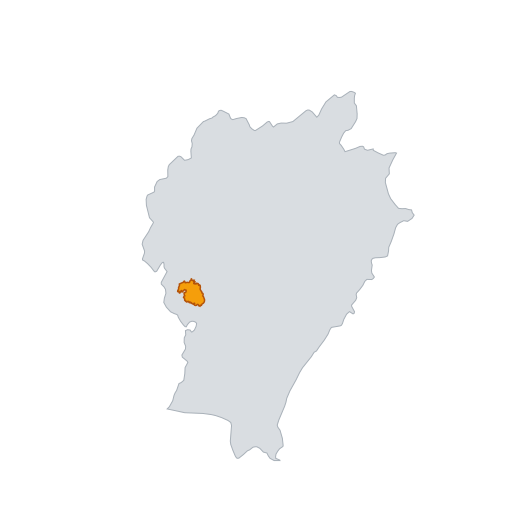 location of Smarhon, Grodno, Belarus, rotated 296°
{"feature_id": "67162791B9257777977100", "entity_name": "Smarhon", "entity_type": "district", "adm_level": 2, "iso_a3": "BLR", "parent_name": "Belarus", "parent_adm1": "Grodno", "projection": "natural_earth1", "projection_center": [26.399, 54.505], "detail": "fine", "context": "in_parent", "style": "filled", "palette": "amber", "viewbox_px": 512, "rotation_deg": 296, "n_neighbors": 0, "source": "geoboundaries", "source_scale": "gbopen_adm2", "svg_char_len": 6684}
<svg xmlns="http://www.w3.org/2000/svg" viewBox="0 0 512 512"><g transform="rotate(296 256 256)"><path d="M410.1,337.2L402.5,336.8L393.4,337.0L388.3,339.8L382.7,338.4L378.8,340.0L369.9,347.8L366.5,352.0L363.3,358.4L361.3,363.2L362.5,366.5L364.2,369.6L364.7,373.0L365.6,375.6L363.4,377.5L362.1,380.2L358.3,379.8L353.6,377.1L352.5,373.3L348.9,370.6L346.5,369.3L342.6,369.1L336.3,370.3L328.2,371.2L322.0,371.5L318.7,372.9L313.8,374.2L311.8,372.6L309.0,368.3L306.7,364.0L305.1,362.1L303.8,361.6L302.1,361.7L300.2,363.0L298.8,364.4L293.6,366.1L291.4,367.6L289.0,371.6L287.3,371.3L285.6,370.4L283.6,365.9L280.9,364.9L276.5,364.9L271.2,363.9L266.8,362.6L265.3,362.9L262.7,364.8L259.9,365.0L253.8,363.4L252.6,364.1L249.1,369.0L247.4,369.3L246.5,368.6L247.0,364.4L243.4,362.9L237.4,362.7L233.2,363.3L231.1,363.1L230.1,362.3L224.9,355.1L222.2,354.7L217.3,355.0L210.1,354.2L201.8,352.6L197.2,352.0L194.9,350.4L189.8,349.9L176.0,346.8L170.4,346.3L162.2,346.3L149.6,345.6L141.6,346.0L137.8,347.0L133.5,347.6L118.6,348.4L113.3,349.2L111.7,350.7L109.9,354.0L103.7,359.6L97.7,363.4L96.6,363.7L93.1,361.7L90.2,361.1L86.8,360.8L84.4,361.5L82.8,362.4L83.0,366.8L82.6,367.2L80.1,362.0L80.3,357.3L81.8,354.6L83.7,352.2L83.0,348.6L84.8,343.8L84.9,340.3L84.1,338.8L82.8,337.1L78.9,335.2L77.2,333.7L72.0,331.7L66.8,329.2L65.9,327.7L66.2,326.6L67.2,325.0L71.2,320.4L75.6,315.9L78.3,314.1L93.0,308.3L95.3,306.3L95.9,302.9L95.7,296.0L94.9,289.7L93.9,285.4L91.2,277.3L83.9,260.6L79.6,243.2L82.5,244.2L89.4,244.6L95.0,243.4L97.8,243.3L100.3,243.6L107.6,242.7L109.4,244.2L112.6,245.6L119.0,243.6L124.6,241.2L130.5,241.4L131.3,240.2L132.8,234.1L134.5,232.8L141.5,233.4L144.1,232.3L146.8,229.3L151.0,227.4L154.4,227.4L158.0,225.3L159.7,226.7L160.6,229.2L159.4,231.3L159.9,232.0L162.4,233.1L166.6,233.0L169.3,232.2L170.0,231.0L170.0,228.9L169.3,227.0L167.5,225.3L164.1,224.4L161.8,224.4L161.4,223.3L162.2,221.0L164.3,216.8L166.9,213.0L168.5,211.5L168.7,210.2L168.4,207.9L168.4,203.7L170.7,197.9L173.8,193.5L178.0,192.1L183.0,191.4L186.3,189.3L187.9,186.9L189.2,183.2L190.8,182.4L203.0,182.9L204.9,179.2L205.9,178.1L208.2,177.0L209.8,175.7L209.2,174.7L206.1,174.0L198.8,173.4L197.4,172.2L197.8,170.7L199.8,166.8L201.6,161.9L202.6,158.1L202.7,155.8L203.7,155.2L209.7,154.5L211.6,153.7L216.7,148.5L220.6,147.6L230.7,148.9L235.3,148.8L241.1,149.2L241.6,148.7L243.7,143.5L253.5,135.3L258.8,132.4L262.2,131.8L263.3,131.9L268.7,136.3L269.9,136.4L273.5,134.6L279.6,134.5L282.5,136.0L286.6,141.3L288.7,142.0L294.6,139.0L297.9,138.0L300.1,138.0L311.4,142.2L312.2,143.5L312.3,145.1L310.7,149.9L313.0,152.9L315.8,154.9L321.5,151.6L323.6,150.7L326.0,150.6L329.1,149.4L331.3,147.5L333.4,146.9L337.6,147.3L345.0,146.9L353.8,149.8L354.6,150.7L359.0,154.1L360.6,155.9L362.0,156.4L364.4,158.1L367.5,159.1L369.7,158.8L370.7,159.4L371.7,160.7L371.8,163.0L371.7,169.4L368.6,172.8L368.3,174.0L368.4,175.4L371.0,178.2L374.3,182.5L375.1,185.0L375.1,186.9L370.9,192.5L369.5,193.8L368.5,196.5L368.1,199.3L368.4,200.4L375.8,204.9L381.3,207.3L382.5,208.4L382.7,209.2L379.9,213.9L379.6,215.2L384.0,217.2L386.5,220.3L388.8,225.3L393.0,230.2L408.6,237.3L410.0,238.6L410.5,240.1L410.1,243.5L407.4,249.8L410.1,250.7L416.9,250.5L425.2,251.3L435.2,255.8L435.3,257.8L434.3,259.6L435.1,261.6L436.2,263.2L445.0,268.3L445.8,269.7L446.1,272.2L445.9,274.0L443.5,274.3L440.9,275.2L436.6,277.3L435.0,280.4L428.1,284.6L423.9,286.5L420.4,286.6L412.2,285.7L409.3,283.6L408.0,281.7L404.8,280.9L400.6,280.8L394.9,281.1L393.7,281.7L392.8,284.0L390.5,288.0L388.8,290.3L396.3,298.2L400.1,301.5L401.3,303.5L401.3,304.9L399.6,306.6L399.9,309.9L403.6,314.4L402.4,315.1L402.2,320.5L402.4,326.4L403.4,327.8L405.4,328.9L407.1,331.1L409.9,335.9L410.1,337.2Z" fill="#d9dde1" stroke="#a8b0b8" stroke-width="1"/><path d="M184.5,212.4L184.5,212.8L184.5,213.2L184.3,213.5L184.3,214.0L184.8,214.4L185.4,214.7L185.6,215.3L185.5,215.8L185.2,216.0L184.9,216.1L184.9,216.5L185.4,216.7L185.7,216.9L185.5,217.2L185.3,217.4L185.1,217.6L185.2,217.8L185.5,218.2L185.7,218.4L185.4,218.7L185.2,219.0L185.2,219.4L185.4,219.8L185.5,220.2L185.2,220.4L185.1,220.7L185.2,221.0L185.6,221.2L186.0,221.1L186.5,221.2L186.5,221.6L185.9,221.7L185.5,221.6L185.2,221.9L184.9,222.2L184.9,222.7L185.0,223.3L185.3,223.8L185.8,224.2L186.5,224.3L186.9,224.7L187.0,225.1L186.9,225.6L186.7,226.1L186.2,226.2L186.2,226.4L186.4,226.6L186.5,226.9L186.3,227.2L186.3,227.7L186.7,227.7L187.2,227.8L187.6,227.9L187.7,228.0L187.8,228.4L187.8,228.6L188.0,228.6L188.4,228.5L188.9,228.5L189.4,228.7L189.9,229.0L190.2,229.2L191.0,229.5L192.0,229.6L192.7,229.5L193.4,229.3L193.8,229.0L194.5,228.7L194.6,228.4L195.2,227.9L195.7,227.3L196.1,227.0L196.3,226.7L196.5,226.4L196.6,226.1L196.8,225.6L197.3,225.6L197.6,225.5L197.8,225.5L198.3,225.3L198.7,225.1L198.9,224.8L199.1,224.4L199.2,224.0L199.1,223.6L199.5,223.3L199.8,223.1L200.3,222.6L200.4,222.2L200.6,221.8L200.9,221.3L201.4,220.7L201.8,220.3L202.5,220.0L203.3,219.8L203.8,219.6L204.3,219.2L204.8,218.9L205.1,218.6L205.2,218.3L205.3,218.0L205.1,217.8L204.6,217.6L204.6,217.3L205.0,217.0L205.3,216.6L205.7,216.4L205.8,215.9L205.7,215.5L205.4,215.1L205.6,214.7L205.4,214.4L205.1,214.2L204.7,214.3L204.6,214.1L204.5,213.8L204.2,213.6L204.1,213.4L204.2,213.0L204.2,212.7L204.0,212.4L204.0,212.1L204.4,211.9L204.8,212.0L205.3,212.3L205.7,212.5L206.2,212.4L206.2,212.0L205.8,211.5L205.8,211.0L206.3,210.9L206.6,211.0L207.1,211.0L207.0,210.7L206.8,210.4L206.4,210.2L206.3,209.7L206.3,209.3L206.3,209.0L206.4,208.7L206.8,208.4L207.1,208.2L207.1,207.9L206.6,207.9L206.4,208.0L205.6,208.2L205.3,207.9L205.0,207.7L204.6,207.6L204.0,207.7L203.4,207.8L203.0,207.7L202.9,207.5L202.7,207.2L202.5,206.8L202.4,206.4L202.2,205.8L201.8,205.3L201.5,204.9L201.1,204.5L201.0,204.1L201.3,203.7L201.7,203.3L202.0,202.9L202.0,202.5L201.5,202.3L201.1,202.4L200.5,202.2L200.1,201.8L199.7,201.4L199.1,201.0L198.5,200.4L197.7,199.8L197.2,199.4L196.7,199.7L196.4,199.9L196.1,200.0L195.5,200.2L194.7,200.2L194.1,200.2L193.5,200.3L193.1,200.6L192.3,200.9L191.7,200.9L190.8,200.8L190.2,201.0L189.7,201.2L189.7,201.4L189.8,201.6L190.0,201.8L190.4,201.9L190.4,202.1L190.4,202.3L190.0,202.5L189.7,202.7L189.3,203.1L189.2,203.5L189.4,203.8L190.3,203.8L191.0,203.8L191.7,203.9L192.1,204.2L191.7,204.5L191.3,204.7L191.2,205.1L191.5,205.6L192.3,205.6L192.7,205.7L193.0,206.2L193.6,206.2L194.3,206.4L194.6,206.7L194.5,207.2L194.4,207.5L194.5,207.9L194.6,208.2L194.1,208.5L193.7,208.7L193.0,208.7L192.3,208.7L192.1,208.3L191.8,208.0L191.6,207.7L191.3,207.5L190.5,208.0L189.9,208.4L189.3,208.9L189.0,209.4L188.7,209.1L187.9,209.0L187.3,209.0L186.9,209.1L186.8,209.6L186.8,210.2L186.4,210.4L185.7,210.9L185.0,211.3L185.1,211.6L185.1,212.2L184.5,212.4Z" fill="#f59e0b" stroke="#b45309" stroke-width="1.5"/></g></svg>